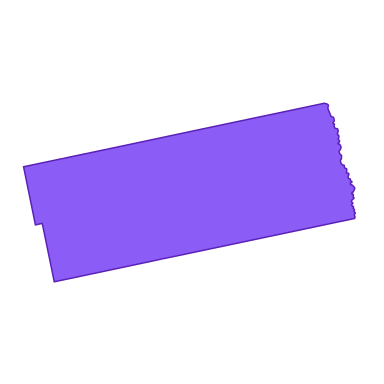 the district of Walsh, North Dakota, United States of America, rotated 348°
{"feature_id": "52423323B16407049475855", "entity_name": "Walsh", "entity_type": "district", "adm_level": 2, "iso_a3": "USA", "parent_name": "United States of America", "parent_adm1": "North Dakota", "projection": "equal_earth", "projection_center": [-97.196, 48.369], "detail": "fine", "context": "isolated", "style": "filled", "palette": "violet", "viewbox_px": 384, "rotation_deg": 348, "n_neighbors": 0, "source": "geoboundaries", "source_scale": "gbopen_adm2", "svg_char_len": 2062}
<svg xmlns="http://www.w3.org/2000/svg" viewBox="0 0 384 384"><g transform="rotate(348 192 192)"><path d="M32.5,132.3L32.0,191.6L39.0,191.6L38.6,251.2L142.3,251.3L148.9,251.2L150.5,251.3L345.5,251.7L346.3,250.4L346.0,248.6L346.1,248.0L346.4,247.4L347.2,247.0L347.3,246.0L346.6,245.3L346.5,244.3L347.1,243.7L347.1,243.0L347.0,242.4L346.5,242.1L346.3,241.7L346.4,241.0L346.8,240.6L346.9,240.0L346.8,239.6L346.0,239.2L345.6,238.6L345.5,237.7L345.9,237.3L346.9,236.7L347.0,236.2L346.2,235.1L346.1,234.2L346.3,233.8L347.5,232.5L348.6,232.3L349.0,232.0L349.2,231.3L349.1,231.0L348.7,230.3L348.6,229.8L348.6,229.5L349.2,228.8L349.2,228.1L348.8,227.4L348.2,227.2L347.9,227.0L348.0,226.5L348.4,225.9L349.7,225.5L350.0,225.2L352.0,222.3L352.0,221.8L351.7,221.0L350.5,218.8L349.7,218.2L349.2,218.2L348.8,217.8L348.7,216.8L348.8,216.2L349.2,215.9L350.2,215.9L350.4,215.6L350.6,215.1L350.5,214.9L349.5,214.1L349.5,212.3L349.2,211.9L348.2,211.4L347.9,211.0L347.8,210.1L348.0,209.1L348.1,208.7L348.5,208.4L349.1,207.4L349.1,206.6L349.0,206.2L348.1,205.8L347.5,205.9L347.2,205.6L347.2,204.7L347.9,203.3L348.1,201.8L348.0,201.3L346.3,200.2L346.2,199.2L346.5,198.1L346.4,197.6L345.8,197.1L344.8,196.8L343.7,194.9L343.7,192.5L343.8,191.9L344.1,191.4L344.7,191.1L345.2,190.1L345.8,187.9L345.8,187.3L345.5,186.7L344.8,186.0L344.4,185.0L344.3,183.2L344.4,182.8L344.8,182.2L345.8,181.5L346.9,179.8L347.1,179.0L346.9,177.2L346.2,175.8L345.1,175.6L345.0,174.6L345.2,174.3L346.6,173.7L346.9,172.9L346.9,172.2L346.4,171.7L346.0,170.8L346.0,170.3L346.8,169.5L347.1,168.9L347.3,167.7L347.1,166.8L346.5,166.4L346.4,166.2L346.4,165.0L346.6,164.5L347.5,163.4L347.7,162.0L347.7,160.8L347.3,160.4L345.3,159.4L344.9,158.7L344.7,157.7L344.8,156.1L345.2,155.8L345.4,155.3L345.0,154.7L344.5,154.3L344.4,153.4L344.7,153.0L345.7,152.4L346.0,151.8L346.1,149.1L345.7,148.2L344.1,147.3L343.7,146.6L343.6,146.0L342.3,138.9L342.6,137.2L343.3,136.2L343.4,135.5L343.0,134.6L342.1,133.8L340.5,133.1L340.1,132.7L205.8,132.5L136.5,132.5L32.5,132.3Z" fill="#8b5cf6" stroke="#5b21b6" stroke-width="1.5"/></g></svg>